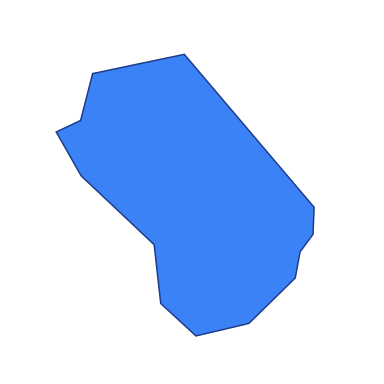 outline of Panyijiar, Unity, South Sudan, rotated 163°
{"feature_id": "79223893B83393378605380", "entity_name": "Panyijiar", "entity_type": "district", "adm_level": 2, "iso_a3": "SSD", "parent_name": "South Sudan", "parent_adm1": "Unity", "projection": "albers", "projection_center": [30.377, 7.529], "detail": "fine", "context": "isolated", "style": "filled", "palette": "blue", "viewbox_px": 384, "rotation_deg": 163, "n_neighbors": 0, "source": "geoboundaries", "source_scale": "gbopen_adm2", "svg_char_len": 405}
<svg xmlns="http://www.w3.org/2000/svg" viewBox="0 0 384 384"><g transform="rotate(163 192 192)"><path d="M201.9,329.8L252.4,334.3L277.6,293.0L304.3,289.1L299.4,267.3L293.3,239.9L243.6,152.7L246.4,137.6L248.6,126.1L254.5,94.5L230.3,53.2L176.0,49.7L118.4,79.6L106.1,103.2L88.6,116.2L79.7,141.7L132.4,263.9L156.5,319.8L159.1,325.9L201.9,329.8Z" fill="#3b82f6" stroke="#1e3a8a" stroke-width="1.5"/></g></svg>